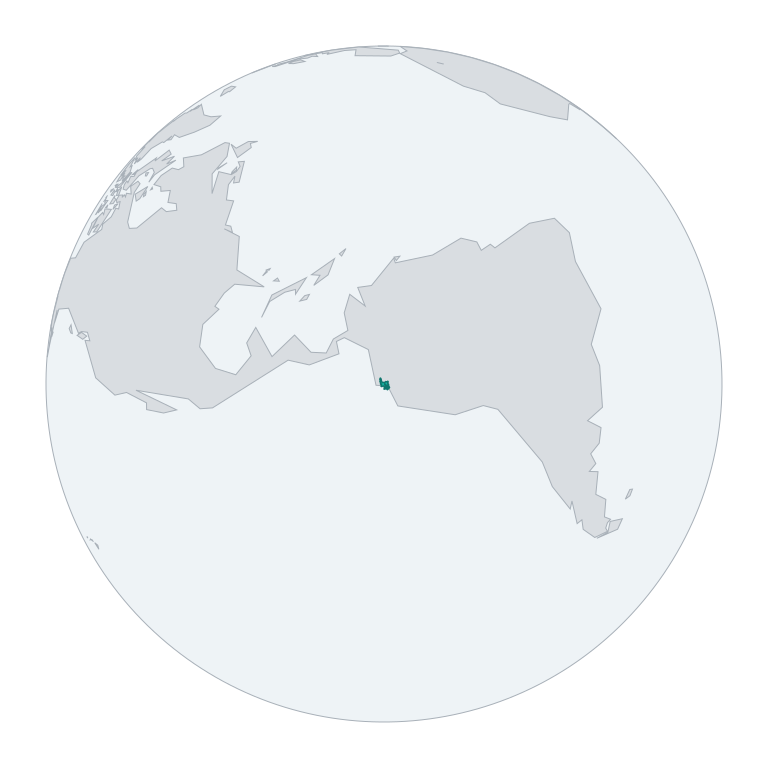 the Earth from above Guayas, rotated 310°
{"feature_id": "ECU-1280", "entity_name": "Guayas", "entity_type": "Province", "adm_level": 1, "iso_a3": "ECU", "parent_name": "Ecuador", "parent_adm1": "", "projection": "orthographic", "projection_center": [-79.898, -1.951], "detail": "fine", "context": "on_globe", "style": "filled", "palette": "teal", "viewbox_px": 768, "rotation_deg": 310, "n_neighbors": 0, "source": "natural_earth", "source_scale": "10m", "svg_char_len": 9605}
<svg xmlns="http://www.w3.org/2000/svg" viewBox="0 0 768 768"><g transform="rotate(310 384 384)"><circle cx="384" cy="384" r="338" fill="#eef3f6" stroke="#a8b0b8"/><path d="M246.3,75.4L248.6,74.5L256.2,71.2L263.7,68.2L278.9,63.1L282.4,66.6L299.8,63.1L321.0,68.4L325.7,65.8L336.8,67.6L346.3,65.6L347.5,68.2L354.1,64.6L351.2,62.7L353.1,60.7L358.4,59.8L360.9,62.4L358.6,63.4L362.1,63.7L361.1,65.7L364.6,64.1L367.0,68.2L372.6,62.9L381.2,65.2L380.6,68.4L370.2,69.6L343.3,83.5L339.5,88.9L344.6,94.4L376.0,100.3L376.1,106.4L383.9,113.6L388.6,108.9L384.2,101.8L394.9,95.9L388.2,89.2L391.6,86.2L388.9,79.6L400.5,79.3L413.3,83.0L416.1,88.8L421.8,91.0L428.2,85.0L442.2,96.8L466.7,107.0L469.1,110.9L457.4,117.5L434.5,117.3L419.3,129.9L440.5,121.0L446.2,132.4L451.9,134.4L458.2,133.9L460.5,129.6L464.8,133.9L445.5,143.3L441.3,139.5L447.4,136.2L436.7,136.7L423.7,145.0L427.6,151.1L403.9,160.3L406.4,165.2L402.6,170.6L400.2,161.9L404.0,178.3L376.8,198.0L381.4,229.8L364.5,205.5L351.0,203.2L334.8,204.5L335.2,209.5L313.2,206.9L293.9,218.9L287.6,244.9L295.8,264.5L320.2,264.1L327.2,252.4L344.9,249.4L333.0,280.6L364.0,284.0L361.4,307.7L370.6,319.8L385.9,316.3L401.8,321.9L412.9,307.8L430.7,300.1L431.6,319.5L441.1,301.8L451.4,311.1L486.7,310.5L484.1,314.8L514.0,338.3L545.2,349.2L552.5,363.8L548.9,372.6L559.4,375.6L559.6,381.5L600.6,392.1L620.5,408.0L619.1,428.7L600.9,451.9L581.1,501.9L547.6,517.3L536.7,537.4L506.6,566.3L486.7,563.5L490.1,578.3L477.0,586.9L463.4,587.2L459.2,597.4L449.0,597.5L454.4,604.3L435.6,617.2L438.2,628.1L423.9,638.3L426.0,644.5L421.4,644.3L416.1,646.5L414.8,649.9L401.9,644.1L400.7,630.0L407.2,622.9L401.2,621.7L415.2,603.2L407.9,607.0L413.6,578.9L426.0,555.4L437.8,487.5L431.3,473.9L406.2,458.3L376.1,408.7L384.8,388.2L377.9,378.7L400.3,349.9L394.0,323.8L386.0,320.2L378.2,330.1L350.6,314.5L340.6,295.2L255.5,268.0L246.8,259.0L246.8,243.7L219.8,198.0L230.9,241.8L220.1,233.8L211.8,218.6L216.9,214.2L212.0,192.2L202.5,185.0L203.4,159.2L225.3,126.9L228.0,130.9L233.0,123.6L229.8,118.6L226.5,117.3L239.3,93.7L232.4,86.8L219.4,92.2L230.7,86.0L198.8,102.8L188.1,108.8L206.9,97.6L213.9,93.4L210.0,94.7L216.4,90.8L218.2,89.6L226.2,85.2L236.5,80.3L241.9,77.7L238.8,78.9L240.3,78.1L246.3,75.4ZM74.1,271.8L76.5,264.4L76.5,268.4L74.1,271.8ZM77.0,260.4L76.4,262.8L76.7,260.9L77.0,260.4ZM76.6,259.4L76.9,260.2L76.3,260.1L76.6,259.4ZM75.8,259.1L76.4,258.9L76.2,259.3L75.8,259.1ZM380.1,240.9L415.6,256.2L395.9,258.5L399.5,255.4L390.5,249.0L373.7,243.4L356.3,247.4L380.1,240.9ZM75.6,256.2L75.7,255.3L76.4,254.4L75.6,256.2ZM395.0,222.6L388.8,221.5L394.8,221.3L395.0,222.6ZM224.0,117.6L229.1,119.1L229.6,125.5L224.6,124.5L224.0,117.6ZM224.1,107.2L228.2,106.2L222.3,112.8L221.8,111.3L224.1,107.2ZM208.6,97.7L211.5,97.0L206.5,99.1L208.6,97.7ZM216.7,90.4L217.0,90.2L214.1,91.9L214.7,91.5L216.7,90.4ZM382.7,80.4L385.7,80.0L384.7,81.4L382.7,80.4ZM378.7,78.1L375.3,80.0L372.8,79.3L375.0,78.1L378.7,78.1ZM383.5,76.1L369.0,77.8L364.8,76.6L369.5,71.4L383.5,76.1ZM347.9,62.6L351.3,64.5L343.5,64.1L347.9,62.6ZM342.5,62.9L315.9,66.2L313.6,63.6L323.0,62.7L316.0,60.8L327.9,57.8L334.5,58.2L333.6,60.3L338.8,57.7L342.5,62.9ZM353.2,60.0L348.1,60.5L345.7,58.2L355.6,56.7L353.2,57.9L353.2,60.0ZM308.3,62.1L308.3,60.6L318.0,57.6L319.3,56.7L328.0,57.6L308.3,62.1ZM356.4,57.9L360.7,56.1L366.7,56.4L358.1,59.3L356.4,57.9ZM340.9,58.4L340.3,57.3L343.9,57.3L340.9,58.4ZM390.3,57.9L384.2,58.0L382.5,56.6L390.3,57.9ZM361.9,55.5L359.8,55.4L358.4,55.0L362.4,54.1L361.9,55.5ZM334.2,55.7L338.3,55.0L331.2,55.1L338.1,53.4L342.7,54.6L343.6,53.4L345.8,52.9L347.1,54.5L334.2,55.7ZM362.2,52.3L370.4,54.0L382.2,53.9L384.1,54.9L364.8,55.1L362.2,52.3ZM353.2,53.3L359.2,52.8L358.6,54.0L354.0,55.1L353.2,53.3ZM341.2,52.1L329.3,54.4L328.7,54.1L341.2,52.1ZM365.8,51.9L363.7,51.5L366.7,51.7L365.8,51.9ZM348.9,51.6L344.8,52.3L344.2,52.0L348.9,51.6ZM363.1,50.5L365.7,50.9L362.7,51.5L363.1,50.5ZM356.7,50.8L356.9,50.2L360.1,51.5L354.9,51.1L356.7,50.8ZM349.0,51.2L347.4,51.2L350.8,51.0L349.0,51.2ZM372.9,48.5L377.6,50.0L370.9,51.1L367.3,49.4L372.9,48.5ZM422.9,656.3L402.6,646.2L414.3,650.8L424.1,645.6L434.0,653.2L422.9,656.3ZM450.9,642.9L461.2,640.1L463.2,641.9L456.5,644.2L450.9,642.9ZM626.0,148.1L629.0,152.3L648.9,180.3L647.6,183.3L639.6,178.4L616.9,150.8L622.1,147.7L614.1,139.4L599.8,128.4L602.6,129.0L597.4,124.6L598.1,123.7L586.0,113.3L585.0,112.4L606.2,129.4L626.0,148.1ZM558.6,94.7L559.6,95.3L542.2,85.4L537.2,82.8L558.6,94.7ZM721.3,404.8L721.8,390.3L721.4,365.8L720.6,355.6L720.1,358.1L718.2,346.0L717.1,345.7L704.3,354.8L695.5,339.4L673.3,293.0L672.1,274.2L663.2,253.3L647.5,184.1L653.9,187.5L653.0,179.4L666.8,199.1L679.3,219.7L690.2,241.1L699.6,263.2L707.4,286.0L713.5,309.2L718.0,332.8L720.8,356.7L721.9,380.7L721.3,404.8ZM664.3,217.8L667.4,223.9L667.4,224.0L664.3,217.8ZM487.8,310.2L492.1,314.0L486.5,314.1L487.8,310.2ZM393.4,266.2L400.8,266.5L404.7,269.3L399.1,270.4L393.4,266.2ZM455.0,266.1L463.3,267.8L454.8,269.3L455.0,266.1ZM421.1,258.2L448.3,265.5L431.6,271.0L414.4,266.8L426.1,265.1L421.1,258.2ZM392.0,233.1L396.7,234.3L395.4,237.7L392.0,233.1ZM399.3,222.6L397.5,222.9L395.1,220.2L399.3,222.6ZM447.3,131.8L449.0,131.2L455.5,131.7L452.8,133.5L447.3,131.8ZM482.5,124.2L488.7,131.3L482.4,127.0L479.8,130.3L463.3,126.2L469.4,112.7L469.6,119.2L482.5,124.2ZM442.9,118.3L452.7,121.6L441.8,118.6L442.9,118.3ZM568.1,104.9L572.6,107.1L578.7,111.8L580.2,116.1L571.4,108.9L568.1,104.9ZM577.6,109.3L557.1,96.5L555.3,94.3L559.8,97.5L560.7,97.3L568.1,102.6L586.4,114.2L592.9,119.4L592.2,122.7L588.9,118.3L584.6,116.0L577.6,109.3ZM508.0,76.8L499.1,73.7L506.7,72.5L514.1,75.7L516.2,79.3L508.6,77.8L508.0,76.8ZM394.6,67.7L390.7,68.4L390.0,67.4L392.7,66.0L394.6,67.7ZM387.6,58.1L410.9,64.3L407.6,65.2L425.1,69.1L423.3,73.2L412.0,70.3L423.8,77.1L412.8,76.1L421.7,80.7L396.8,73.8L387.4,74.1L398.5,72.0L400.5,68.1L398.5,66.4L385.9,62.4L366.7,62.0L365.6,58.9L369.8,56.9L374.3,56.5L373.6,58.4L380.0,56.6L382.5,59.1L387.6,58.1ZM420.7,48.2L418.1,48.4L431.3,49.5L433.9,50.2L435.2,50.4L441.2,51.6L450.8,53.7L450.4,54.0L454.4,54.8L458.4,56.0L463.6,57.4L464.8,58.7L471.3,60.6L468.1,60.2L479.0,63.3L471.4,61.7L475.9,63.9L480.9,64.3L474.4,73.1L477.5,79.7L484.3,86.6L470.3,84.3L455.1,76.9L441.3,68.7L440.3,63.3L434.2,63.8L431.9,61.6L437.7,62.1L427.4,60.1L427.0,58.6L414.7,54.3L400.1,53.5L395.2,52.4L400.8,52.0L392.0,51.2L399.2,50.0L395.9,49.4L399.7,48.0L412.4,48.5L407.7,47.8L410.4,47.4L420.7,48.2ZM374.3,48.1L388.9,47.3L397.4,47.7L387.3,50.0L389.3,50.7L383.1,53.3L370.8,53.0L373.7,52.2L373.7,51.4L377.5,51.8L374.4,50.9L378.3,50.0L377.0,49.2L382.1,49.0L374.3,48.1ZM645.9,170.4L639.1,162.4L638.9,162.1L645.9,170.4Z" fill="#d9dde1" stroke="#a8b0b8" stroke-width="1"/><path d="M384.0,390.5L384.1,390.3L384.1,390.2L384.2,389.8L384.2,389.6L384.4,389.0L384.5,388.8L384.6,388.7L384.7,388.2L384.8,388.1L385.0,387.9L385.0,387.6L385.0,387.4L384.9,387.2L384.7,387.1L384.5,386.7L384.4,386.6L384.3,386.4L384.3,386.1L384.3,385.8L384.3,385.7L384.2,385.4L384.2,385.2L384.3,385.0L384.2,384.9L384.3,384.8L384.5,384.8L384.5,384.6L384.7,384.4L384.8,384.3L384.4,384.5L384.1,384.7L384.1,384.8L384.0,385.0L384.0,385.4L384.0,385.5L384.2,385.9L384.2,386.0L384.1,387.2L384.1,387.4L384.0,387.5L383.9,387.7L383.7,387.7L383.5,387.9L383.4,387.9L383.1,387.8L383.0,387.7L383.2,387.4L383.3,387.3L383.3,387.2L383.5,387.1L383.8,387.2L383.7,387.1L383.4,387.0L383.2,387.1L383.2,386.9L383.3,386.6L383.3,386.4L383.5,386.4L383.7,386.1L383.4,386.2L383.3,386.3L383.2,386.3L383.0,387.0L382.6,387.6L382.4,387.7L382.2,387.8L382.1,388.0L381.9,388.0L381.9,387.9L381.7,388.0L381.8,388.1L381.9,388.3L382.0,388.3L382.0,388.5L381.9,388.6L381.5,388.5L381.3,388.3L381.2,388.2L380.9,388.1L380.6,387.9L380.2,387.4L380.6,387.0L381.0,386.7L381.5,386.6L381.8,386.5L382.0,386.1L382.1,385.5L382.1,384.9L381.9,384.6L381.7,384.4L381.4,384.2L380.9,384.1L380.6,383.9L380.4,383.6L380.4,383.4L380.6,383.4L380.8,383.3L380.9,383.2L381.0,382.9L381.1,382.7L381.3,382.6L381.5,382.4L381.6,382.5L381.8,382.4L382.0,382.4L382.1,382.2L381.9,382.0L381.8,381.9L381.7,381.8L381.7,381.7L382.1,381.7L382.3,381.6L382.3,381.4L382.2,381.3L382.2,381.2L382.3,380.9L382.5,380.8L382.6,380.7L382.6,380.4L382.9,380.3L383.1,380.1L383.3,379.7L383.4,379.4L383.4,379.2L383.5,379.1L383.8,379.2L384.0,379.2L384.3,378.9L384.4,378.7L384.5,378.6L384.6,378.4L384.7,378.2L384.8,378.1L385.0,377.7L385.3,377.6L385.6,377.5L385.8,377.5L386.0,377.4L386.2,377.5L386.2,377.8L386.1,378.0L386.0,378.3L385.9,378.4L385.9,378.6L385.8,378.8L385.7,378.8L385.5,379.0L385.4,379.1L385.2,379.3L385.0,379.5L384.9,379.5L384.9,379.8L384.6,380.4L384.5,380.5L384.4,380.6L384.2,381.0L384.2,381.5L384.3,381.8L384.2,381.8L384.2,382.0L384.3,382.2L384.7,382.4L384.8,382.5L385.0,382.8L385.1,383.0L385.3,383.3L385.4,383.6L385.5,383.7L385.6,383.8L385.8,383.7L386.1,383.6L386.3,383.6L386.5,383.7L386.7,383.9L386.9,383.9L386.9,384.0L387.1,384.1L387.6,384.9L387.9,385.2L388.1,385.2L388.3,385.2L388.5,385.2L388.5,385.3L388.5,385.5L388.4,385.7L388.3,385.8L388.2,385.9L387.9,386.0L387.2,386.1L386.9,386.3L386.8,386.6L386.8,386.8L386.6,386.9L386.3,387.2L386.3,387.3L386.5,387.3L386.7,387.2L386.8,387.4L386.8,387.5L386.7,387.7L386.6,387.8L385.2,389.2L385.2,389.3L385.2,389.6L385.2,389.9L384.9,390.3L384.8,390.5L384.6,390.5L384.1,390.5L384.0,390.5ZM383.0,388.2L383.3,388.2L383.7,388.5L384.0,388.5L383.9,388.6L383.5,388.9L383.4,389.0L383.3,389.3L383.2,389.4L383.1,389.5L382.9,389.8L382.8,390.0L382.7,390.2L382.6,390.3L382.4,390.3L382.2,390.4L381.9,390.3L381.8,390.2L381.9,389.2L382.1,388.8L382.2,388.6L382.6,388.4L382.9,388.2L383.0,388.2ZM384.5,387.2L384.5,387.3L384.7,387.5L384.4,387.8L384.4,388.0L384.2,388.1L384.2,387.8L384.3,387.4L384.5,387.2Z" fill="#14b8a6" stroke="#0f766e" stroke-width="1.5"/></g></svg>